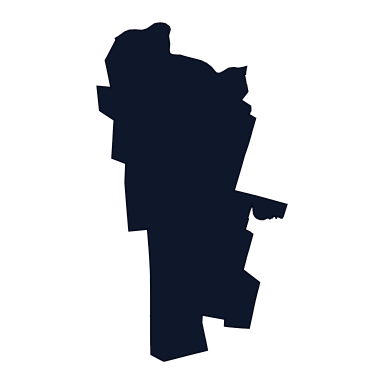 outline of Silistea, Braila, Romania
{"feature_id": "2599482B85034366886302", "entity_name": "Silistea", "entity_type": "district", "adm_level": 2, "iso_a3": "ROU", "parent_name": "Romania", "parent_adm1": "Braila", "projection": "orthographic", "projection_center": [27.821, 45.335], "detail": "fine", "context": "isolated", "style": "filled", "palette": "ink", "viewbox_px": 384, "rotation_deg": 0, "n_neighbors": 0, "source": "geoboundaries", "source_scale": "gbopen_adm2", "svg_char_len": 3099}
<svg xmlns="http://www.w3.org/2000/svg" viewBox="0 0 384 384"><path d="M234.7,327.1L238.8,327.4L241.0,327.6L245.8,327.9L249.1,328.1L250.6,321.1L252.0,314.6L252.4,312.9L253.7,306.3L254.8,301.5L254.8,301.3L257.0,292.3L258.4,287.1L259.5,282.5L255.1,279.1L250.8,275.8L243.0,269.8L245.9,258.9L245.9,258.4L247.2,253.9L247.7,252.1L248.3,250.3L252.0,236.8L252.7,234.2L249.9,232.2L249.3,231.7L245.1,229.8L248.3,219.0L247.8,218.7L247.6,218.6L247.6,218.3L247.8,217.4L247.9,217.1L248.1,216.4L248.7,214.2L250.1,209.5L250.4,208.8L252.0,205.2L252.2,205.5L252.6,206.2L252.7,206.8L252.8,207.1L253.0,207.6L253.1,208.2L253.3,208.6L253.4,209.2L253.3,209.5L253.1,210.2L253.2,210.3L253.6,211.7L253.5,212.9L254.1,214.8L255.0,216.3L255.5,216.9L256.7,218.0L257.3,218.3L259.1,219.0L260.1,219.4L261.6,219.4L263.2,219.5L264.3,219.2L265.8,218.4L267.7,217.8L268.4,217.7L269.6,218.8L270.2,218.7L271.1,218.0L272.1,217.9L273.4,216.3L275.2,216.2L275.3,216.3L275.8,216.5L275.9,218.0L276.3,218.1L276.7,216.6L277.7,216.5L278.5,216.9L279.3,217.1L279.7,217.3L280.0,217.5L280.4,217.7L281.0,217.9L282.0,218.1L283.0,216.5L283.7,214.4L286.8,204.5L286.6,204.5L255.0,195.8L254.3,195.7L239.0,191.9L234.0,190.7L235.1,187.1L237.2,180.0L237.6,178.6L240.5,168.8L242.0,163.5L243.9,156.8L244.2,155.7L244.6,154.4L246.0,150.5L248.1,144.2L251.0,134.2L251.8,131.0L254.5,121.9L255.5,118.3L254.0,117.5L252.2,116.4L249.2,114.7L249.0,113.6L249.4,113.4L249.5,113.2L249.7,112.9L249.8,112.6L249.9,111.9L250.0,111.7L250.4,111.3L250.6,111.1L250.7,110.8L250.7,110.5L250.6,109.4L250.8,108.2L250.7,107.7L250.5,107.1L250.4,106.8L250.5,106.5L250.6,106.3L250.6,106.2L241.1,100.1L241.7,99.4L242.3,98.6L244.7,95.5L245.8,94.1L247.7,91.6L247.7,91.4L246.5,84.9L246.2,84.8L245.7,82.2L245.3,79.6L245.2,79.4L244.9,77.6L244.8,77.0L244.2,74.3L245.4,74.2L245.5,72.1L246.0,69.3L246.5,66.6L242.9,67.6L238.2,68.4L234.0,67.7L228.8,68.3L224.4,71.0L223.7,71.5L219.9,73.4L217.6,73.4L215.9,72.8L211.2,67.2L206.4,63.5L200.9,60.9L184.4,56.6L180.3,55.3L177.6,55.3L172.3,54.9L169.7,53.5L169.0,50.1L169.5,43.6L168.3,35.7L170.1,29.3L169.2,26.7L165.2,23.8L160.5,23.0L154.9,23.8L152.2,25.6L150.5,26.8L146.7,29.2L143.3,30.2L142.8,30.3L141.3,30.5L139.8,30.4L135.6,30.0L129.5,30.3L125.1,31.9L118.3,36.8L117.9,37.0L115.4,38.4L115.7,39.1L116.0,39.8L115.6,41.0L107.2,57.1L105.4,60.3L107.3,69.2L108.5,75.1L110.5,84.9L110.8,86.4L110.9,87.6L97.2,86.3L99.7,110.4L102.6,112.4L114.3,120.1L113.8,126.8L113.1,140.1L112.0,158.1L125.9,163.4L125.1,182.7L126.8,204.5L129.0,230.9L130.9,230.7L138.3,230.0L147.6,229.1L148.4,238.2L148.8,243.8L149.3,249.4L149.9,258.3L150.2,264.6L150.4,267.7L150.7,274.1L150.7,275.8L150.7,280.2L150.7,280.4L150.8,292.0L150.8,295.4L150.8,295.7L150.8,305.4L150.8,315.0L150.7,315.4L150.8,315.4L150.8,325.4L150.8,335.3L150.9,345.2L151.0,345.2L151.1,354.4L153.5,355.7L155.7,356.8L156.3,357.2L159.1,358.7L163.4,360.9L164.4,361.0L190.4,354.3L207.3,350.1L205.3,339.9L204.9,338.4L201.6,322.6L201.9,317.8L202.0,314.9L214.8,317.3L215.1,317.3L224.9,319.1L224.7,323.8L224.6,325.6L224.6,326.0L225.5,326.1L229.6,326.6L232.0,326.8L234.7,327.1Z" fill="#0f172a" stroke="#020617" stroke-width="1.5"/></svg>